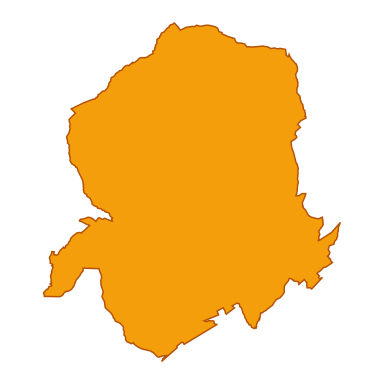 Poiana Lacului, Arges, Romania (Albers equal-area conic projection)
{"feature_id": "2599482B9907999216812", "entity_name": "Poiana Lacului", "entity_type": "district", "adm_level": 2, "iso_a3": "ROU", "parent_name": "Romania", "parent_adm1": "Arges", "projection": "albers", "projection_center": [24.705, 44.811], "detail": "fine", "context": "isolated", "style": "filled", "palette": "amber", "viewbox_px": 384, "rotation_deg": 0, "n_neighbors": 0, "source": "geoboundaries", "source_scale": "gbopen_adm2", "svg_char_len": 5863}
<svg xmlns="http://www.w3.org/2000/svg" viewBox="0 0 384 384"><path d="M311.7,289.0L322.0,277.9L321.6,277.8L319.8,278.8L319.2,278.5L318.5,277.4L319.3,275.8L317.0,273.5L318.9,271.5L319.4,271.7L323.9,267.2L325.7,267.2L332.4,262.6L330.6,260.7L330.6,259.3L330.2,258.8L328.9,258.3L328.8,257.1L327.6,256.7L327.5,256.1L328.7,255.2L329.7,253.2L329.8,252.3L328.2,249.4L329.4,245.7L333.9,244.2L334.7,241.3L336.5,239.2L337.5,236.2L337.6,233.4L338.3,230.3L338.5,227.0L340.4,222.4L331.5,232.5L318.6,240.8L318.3,240.4L319.0,238.6L318.7,237.5L319.2,236.3L319.1,235.8L319.9,234.7L318.9,232.0L319.0,230.8L322.7,225.6L323.2,224.5L322.4,217.2L319.6,218.5L317.2,218.7L311.1,217.1L308.4,215.3L305.5,210.0L303.8,208.3L303.0,207.1L303.1,206.2L302.6,206.1L302.4,202.5L304.7,197.2L305.8,193.6L302.1,193.6L298.6,195.8L296.0,195.7L297.1,191.7L297.6,184.7L298.1,183.8L298.2,182.0L297.5,179.0L298.0,173.2L297.8,171.3L298.3,168.5L297.2,164.9L297.2,164.1L296.0,162.5L293.7,153.1L291.7,147.4L291.0,141.6L294.8,139.3L296.8,137.3L296.2,135.7L294.9,134.6L295.8,131.4L300.4,127.4L297.7,124.4L300.7,120.8L306.0,118.0L306.0,117.2L305.7,116.2L305.0,116.2L305.4,113.4L304.7,111.5L304.7,110.3L303.5,109.4L303.2,108.3L303.4,107.1L302.8,105.8L302.8,104.6L301.0,102.2L300.9,100.8L300.4,100.2L299.9,96.2L297.5,93.5L296.8,91.9L297.0,88.0L297.9,86.2L297.7,85.2L297.9,83.2L297.8,81.9L297.3,81.3L297.4,80.0L296.4,78.2L295.6,74.5L297.4,70.7L297.4,67.4L297.1,66.4L296.0,63.8L295.0,63.2L293.4,61.0L291.9,59.7L290.2,57.0L289.1,54.4L288.5,56.5L288.0,56.9L286.1,54.9L286.4,54.7L285.5,49.4L280.0,48.4L277.6,48.9L274.7,48.0L270.8,48.5L268.0,47.0L263.1,46.1L252.5,47.0L246.7,46.7L244.7,44.0L241.3,43.1L238.2,43.0L236.4,42.4L235.2,40.5L234.5,38.5L228.5,36.7L222.1,34.0L222.0,32.6L218.8,31.5L218.1,29.0L217.2,27.9L215.3,26.8L209.7,25.4L206.5,25.2L200.0,26.3L196.7,25.2L194.4,26.6L192.3,26.4L186.0,27.4L180.4,30.2L178.0,27.0L174.4,23.0L172.0,24.6L170.6,24.7L169.2,26.1L169.1,27.3L168.2,27.5L166.4,29.0L164.4,31.7L161.4,33.2L160.8,34.5L160.9,35.2L159.9,36.0L159.7,37.0L159.1,38.1L158.3,38.3L156.9,39.6L156.8,41.7L157.2,43.1L155.4,45.5L155.5,46.9L154.6,48.1L154.9,49.8L152.7,51.2L153.1,53.3L152.5,54.0L151.3,54.3L148.2,56.2L147.5,57.2L146.1,57.2L145.4,57.8L141.6,57.6L140.0,58.0L138.9,58.6L137.6,60.4L134.7,62.4L132.3,62.4L131.9,63.0L132.4,63.5L130.5,64.0L129.0,65.4L128.2,65.7L127.5,65.3L125.2,66.0L122.7,68.6L122.4,69.8L119.2,71.0L118.0,72.2L115.7,73.6L114.8,75.6L112.8,77.0L111.3,77.6L110.5,81.5L109.6,82.1L108.8,83.6L108.8,85.4L108.0,86.2L107.5,88.0L105.3,90.4L104.5,91.0L102.3,91.3L99.9,93.9L98.2,94.6L98.1,95.9L97.5,96.3L97.2,97.3L96.2,97.5L95.1,99.0L93.0,99.3L84.4,102.5L71.2,108.9L75.4,113.2L69.2,119.3L69.2,121.4L69.9,122.9L70.1,124.4L69.6,126.2L70.1,128.4L68.8,133.4L66.7,136.5L66.6,137.5L67.6,140.9L67.6,143.2L69.5,145.1L69.1,145.9L69.2,147.1L68.9,148.0L69.5,149.2L69.2,150.9L69.5,151.9L68.8,153.3L69.7,154.8L69.5,155.5L70.1,157.2L70.1,160.9L71.9,163.9L75.0,165.7L75.9,167.3L76.7,167.3L78.0,170.0L78.0,171.1L78.6,171.7L78.7,172.3L82.1,179.1L83.2,182.5L83.0,184.0L83.6,185.2L83.2,186.8L83.7,187.6L83.3,189.5L84.1,192.6L84.9,193.6L86.4,194.3L86.9,194.9L86.8,195.7L87.1,196.4L90.1,198.3L92.0,202.1L92.1,203.9L94.5,205.9L96.9,206.7L97.8,208.4L101.2,208.7L102.5,210.3L104.0,210.2L104.9,211.7L108.4,212.6L109.3,213.6L110.3,216.2L112.5,218.0L112.5,218.4L111.5,219.0L112.4,220.9L112.3,221.2L110.1,220.5L104.8,218.4L104.2,218.3L103.2,219.2L102.3,219.3L99.6,217.9L98.6,217.9L98.1,218.1L95.9,221.4L92.5,218.5L90.3,217.6L88.1,217.2L83.9,218.8L80.3,219.4L80.0,220.1L79.5,220.3L79.5,221.1L81.1,221.3L87.0,224.5L88.3,224.6L89.6,225.4L83.2,231.5L81.9,232.2L81.6,233.1L79.6,232.5L77.2,232.8L72.7,236.2L70.6,238.5L70.6,239.3L69.7,241.2L69.0,241.7L68.0,244.1L65.7,245.8L65.3,247.7L64.3,248.2L63.7,247.1L60.3,250.3L58.7,253.0L58.4,254.2L56.6,255.2L53.6,254.6L54.3,251.8L51.8,251.6L51.6,253.3L50.8,255.2L49.6,257.1L49.4,258.4L50.2,259.9L50.2,263.2L52.7,264.4L52.8,264.9L51.7,265.8L53.1,266.8L51.6,271.5L51.8,272.8L51.1,273.8L50.9,275.6L50.6,275.6L50.8,278.0L51.3,279.8L51.0,281.6L51.8,282.7L51.3,283.6L50.2,283.5L50.1,283.8L51.7,285.3L51.7,285.8L48.9,286.7L48.0,289.1L47.0,289.2L43.9,292.3L43.6,293.3L44.3,295.0L44.4,296.4L60.0,296.7L62.0,295.6L63.2,294.5L63.6,293.3L66.0,291.5L68.9,291.0L71.4,289.4L73.8,286.2L76.2,280.0L79.8,275.7L80.9,273.4L83.1,270.8L83.0,268.1L99.1,268.7L99.5,270.9L101.3,275.1L101.6,277.5L100.7,281.6L101.1,283.5L100.9,284.6L103.2,291.6L102.0,296.9L104.4,301.5L105.3,307.8L110.8,312.8L113.1,316.3L113.0,317.1L114.4,318.8L115.4,321.2L120.1,323.2L123.3,326.7L123.5,327.3L123.3,329.6L124.4,331.6L124.0,335.0L125.2,336.2L125.6,337.4L125.5,339.0L126.2,340.8L127.0,341.7L131.4,343.7L133.5,342.9L134.3,344.3L138.0,347.0L141.7,348.8L151.3,351.2L152.2,352.2L153.0,352.3L157.5,356.8L159.1,357.1L162.3,356.0L166.3,355.6L165.4,357.0L164.7,357.2L162.9,358.7L162.8,359.6L162.0,360.6L162.1,361.0L177.2,347.7L176.7,346.3L181.8,342.2L183.2,342.7L184.2,344.3L217.5,324.2L216.5,324.5L214.7,323.8L214.1,322.7L213.8,321.0L208.6,320.7L207.2,321.5L206.1,321.6L204.1,320.8L218.6,314.9L217.1,311.1L223.1,307.8L225.0,310.9L225.5,313.2L226.3,314.1L234.5,308.0L232.1,305.9L237.1,303.0L238.1,303.7L239.1,303.7L239.6,304.7L239.8,306.5L241.6,308.3L243.2,313.5L244.2,314.6L244.8,317.4L245.9,319.1L246.9,321.6L248.4,323.3L248.9,324.6L249.4,325.0L250.8,325.0L251.6,327.3L254.4,328.6L255.1,327.3L255.9,328.2L256.2,328.1L256.6,326.4L256.3,324.9L257.1,323.3L257.4,321.6L258.7,320.8L258.8,320.0L259.6,319.7L258.9,318.7L259.9,318.2L260.7,312.8L262.2,312.9L263.4,311.8L266.4,310.2L267.4,309.0L272.5,305.3L274.2,302.3L276.3,299.6L280.3,297.6L283.3,294.0L284.4,291.8L284.1,289.0L284.3,286.6L285.0,285.0L288.3,280.9L289.4,278.3L291.8,279.0L292.6,280.1L293.6,280.1L294.0,281.1L298.3,281.6L298.9,282.8L298.5,283.5L298.8,284.4L304.3,279.6L306.8,282.7L306.8,286.0L307.2,287.9L309.8,287.7L311.7,289.0Z" fill="#f59e0b" stroke="#b45309" stroke-width="1.5"/></svg>